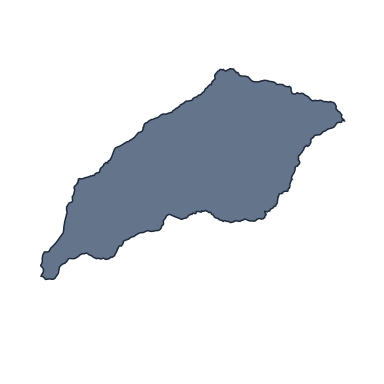 the district of San Pablo, Cajamarca, Peru, rotated 202°
{"feature_id": "86281439B29133878873300", "entity_name": "San Pablo", "entity_type": "district", "adm_level": 2, "iso_a3": "PER", "parent_name": "Peru", "parent_adm1": "Cajamarca", "projection": "mercator", "projection_center": [-78.748, -7.04], "detail": "fine", "context": "isolated", "style": "filled", "palette": "slate", "viewbox_px": 384, "rotation_deg": 202, "n_neighbors": 0, "source": "geoboundaries", "source_scale": "gbopen_adm2", "svg_char_len": 6066}
<svg xmlns="http://www.w3.org/2000/svg" viewBox="0 0 384 384"><g transform="rotate(202 192 192)"><path d="M304.8,67.7L304.5,66.9L304.1,66.5L302.9,66.2L301.5,65.4L300.5,64.2L300.0,62.3L300.0,60.6L300.5,59.1L300.4,57.4L298.9,57.7L298.0,57.6L295.0,56.1L291.5,58.1L288.9,58.7L287.5,59.5L286.8,60.6L285.5,66.5L285.9,68.8L286.5,71.2L286.7,73.3L285.9,75.3L284.8,76.9L283.1,78.4L282.1,80.6L281.5,83.8L280.9,84.4L277.0,85.7L275.3,86.8L273.3,89.6L272.2,91.8L271.0,93.2L270.3,93.8L268.8,94.3L267.6,95.5L267.0,95.7L266.2,95.9L263.9,95.2L261.5,95.3L258.5,94.4L256.8,94.6L255.8,94.4L255.1,94.7L253.9,95.6L251.7,95.6L250.4,96.5L249.7,97.3L249.2,97.5L246.7,97.2L244.6,98.5L243.5,99.7L243.0,101.1L241.6,101.5L240.1,103.6L239.5,109.4L239.8,110.9L239.4,111.6L239.5,113.0L239.3,114.2L239.0,114.9L237.1,115.6L236.7,118.8L237.1,120.3L236.7,121.2L234.2,123.7L233.3,124.3L231.7,127.0L230.9,127.8L229.3,128.9L227.3,132.0L225.0,134.7L221.9,136.2L219.9,138.5L218.2,139.8L215.9,139.9L214.3,140.5L212.6,141.5L211.3,142.6L209.7,143.2L208.9,143.7L207.8,144.9L207.4,145.6L207.1,147.6L207.3,149.5L206.4,150.9L206.7,152.3L207.7,154.3L207.7,155.1L206.7,158.1L206.7,159.0L207.0,159.7L205.2,162.5L203.8,162.9L199.7,162.7L192.9,162.8L191.8,162.7L191.2,162.9L189.1,164.9L187.9,165.5L187.3,166.2L187.1,166.8L186.6,167.4L186.5,168.9L184.5,171.0L183.6,171.3L183.6,172.4L182.8,173.0L181.3,173.0L180.4,173.5L180.7,175.4L178.9,176.3L176.1,176.7L175.7,177.3L175.9,178.1L175.5,178.0L173.8,178.6L172.4,180.1L171.1,179.7L170.4,179.8L168.5,179.3L167.2,180.1L165.4,178.8L163.4,178.5L162.3,177.5L160.9,176.9L158.1,177.2L156.8,176.6L154.9,176.6L154.0,176.9L152.4,176.4L151.9,176.6L151.7,177.2L151.1,177.6L148.8,177.8L146.7,178.4L144.8,178.1L142.5,179.7L141.7,180.7L141.4,181.5L140.7,181.5L139.8,182.0L137.8,182.3L136.3,182.9L135.4,184.4L134.3,184.9L132.9,186.7L131.4,186.8L128.6,186.7L126.5,187.2L125.4,187.8L123.4,188.2L123.1,188.8L122.2,189.3L121.8,190.6L120.5,192.1L118.9,192.9L117.3,192.9L117.2,193.2L116.0,193.8L115.5,194.9L115.0,195.5L115.4,197.0L114.9,198.3L114.8,198.8L115.1,199.4L116.4,199.8L117.2,200.8L117.3,201.3L116.9,201.6L115.7,201.5L114.8,201.7L113.9,202.9L112.9,203.5L112.8,205.3L110.7,208.0L110.5,209.5L109.4,210.1L109.2,210.4L109.3,212.1L108.8,213.2L109.9,217.7L110.0,218.6L110.5,219.8L110.1,220.0L110.4,222.9L108.0,224.3L107.7,224.8L107.9,225.5L106.6,227.2L105.9,227.7L104.3,228.1L103.5,228.8L103.8,229.9L103.8,231.3L103.8,231.7L103.3,231.9L103.2,233.2L103.5,234.4L104.2,235.8L104.3,238.3L104.3,240.2L103.8,241.4L104.3,241.5L104.9,242.0L105.2,243.1L105.1,245.8L104.6,247.9L104.6,249.8L104.8,250.4L104.8,251.5L105.7,253.5L105.2,254.5L103.9,255.7L103.8,256.7L103.1,257.8L103.0,259.3L103.2,259.8L104.4,261.1L105.6,261.7L105.6,262.8L106.8,265.2L106.7,265.6L106.1,266.3L106.2,266.7L105.5,268.2L105.4,269.3L104.9,270.1L104.8,271.6L104.3,272.8L104.6,275.3L103.4,278.0L103.0,278.0L102.3,277.6L101.9,277.6L100.7,279.5L100.4,282.6L101.0,284.1L101.4,284.8L101.5,285.8L100.6,287.0L100.1,288.3L99.8,288.4L99.6,290.0L99.2,290.7L94.9,293.0L94.4,293.6L94.4,293.9L93.7,295.0L93.1,297.1L90.8,299.1L89.8,301.1L88.8,301.7L87.7,302.8L86.2,303.7L84.7,305.4L83.9,308.1L83.6,310.2L81.7,311.8L79.7,312.5L79.5,312.8L79.6,314.8L79.3,315.2L78.9,315.3L77.8,314.8L77.3,315.0L78.5,316.1L80.3,316.2L81.7,317.8L81.9,319.5L82.1,319.8L83.8,320.5L84.7,321.4L87.1,321.6L87.5,322.2L89.2,322.7L89.7,323.3L90.4,325.5L92.9,327.6L94.4,327.9L97.6,327.6L98.2,327.4L99.3,326.3L100.5,326.3L104.4,325.1L105.6,325.4L107.6,325.1L109.0,324.0L111.0,323.3L112.4,323.1L113.5,322.1L114.8,321.7L116.4,322.1L120.1,323.9L123.5,324.2L125.7,324.9L127.1,324.7L129.4,323.3L131.6,323.5L132.8,321.6L134.1,321.0L136.3,321.0L138.3,323.6L139.1,325.5L140.1,326.1L141.2,326.4L141.4,326.4L142.0,325.6L145.2,325.0L146.2,325.0L147.4,325.5L148.6,325.5L151.2,324.6L153.6,323.4L155.1,324.2L156.1,324.5L158.2,324.5L162.5,323.4L163.5,323.6L165.9,323.0L167.3,322.4L168.6,321.1L169.8,320.8L170.8,319.5L174.1,318.0L177.2,317.3L179.6,318.0L182.9,319.7L185.4,319.5L189.4,318.1L191.9,317.9L193.2,319.3L194.1,319.9L194.8,319.8L195.7,319.2L196.3,319.9L198.2,320.6L199.6,321.6L201.0,321.0L201.8,321.0L203.3,320.3L203.6,319.4L205.2,318.0L205.4,317.3L206.0,316.8L207.4,316.8L208.8,317.4L209.8,316.5L211.3,316.5L212.1,315.8L212.4,314.5L213.5,313.5L213.7,311.7L214.4,310.7L214.1,310.1L214.5,309.7L214.6,309.1L214.5,308.2L213.9,307.1L213.3,306.6L213.1,305.0L213.9,303.6L214.7,301.6L214.4,300.4L214.6,299.7L214.3,298.8L215.5,298.5L216.7,295.8L217.0,294.2L218.1,293.1L218.4,291.4L218.3,289.9L219.0,288.6L219.5,288.1L219.9,286.1L220.7,285.5L220.9,284.8L222.2,284.3L223.2,281.9L225.1,280.5L226.2,278.8L226.1,278.0L226.5,277.0L229.5,274.9L231.3,274.2L231.9,273.5L233.4,270.5L235.2,268.7L235.5,267.9L235.5,267.1L236.0,266.5L236.4,265.5L238.2,263.3L239.3,261.3L240.1,260.3L240.5,258.2L242.2,257.2L245.7,254.1L247.6,253.7L249.0,252.7L250.0,251.2L251.4,248.4L253.9,246.4L255.2,244.8L256.3,244.3L257.5,243.2L259.0,241.1L259.5,239.5L260.4,239.1L261.2,238.0L261.6,236.8L261.5,235.5L261.1,234.5L261.5,233.4L261.1,232.6L260.9,229.9L261.3,229.2L262.5,228.0L263.4,227.5L264.1,226.6L265.9,220.7L266.5,220.2L267.1,218.8L268.7,216.9L269.5,215.3L271.3,214.0L275.8,207.8L279.3,204.5L279.9,202.2L279.6,193.8L280.0,192.4L279.7,191.4L281.2,189.4L281.0,188.9L281.5,187.8L281.2,187.3L283.0,187.1L283.4,185.7L284.1,184.9L284.0,183.6L284.4,182.0L285.7,179.6L285.7,178.4L285.3,177.0L285.8,174.8L287.1,174.3L288.5,172.9L288.8,170.7L289.9,170.5L290.9,169.3L292.0,168.9L293.7,167.1L295.9,165.6L298.3,163.5L298.7,162.9L300.7,162.5L301.8,162.0L302.2,161.3L301.6,160.4L301.8,159.4L301.2,158.7L301.7,158.0L301.4,157.0L301.8,156.5L302.1,155.1L303.0,153.3L303.1,152.3L302.5,151.1L301.8,150.4L301.4,149.4L300.7,144.4L301.3,142.9L299.3,138.8L299.7,137.5L301.0,136.6L302.0,135.3L302.6,131.0L301.6,128.4L299.9,125.8L300.0,123.7L299.5,122.6L299.6,121.2L299.1,118.6L299.0,116.9L298.4,115.0L297.9,112.2L296.9,109.3L296.1,105.9L299.0,94.2L300.6,89.9L301.9,87.2L302.3,83.5L303.2,82.4L306.1,81.3L306.5,80.8L306.7,77.6L306.0,74.2L305.3,72.9L304.6,70.9L304.5,69.6L304.8,67.7Z" fill="#64748b" stroke="#1e293b" stroke-width="1.5"/></g></svg>